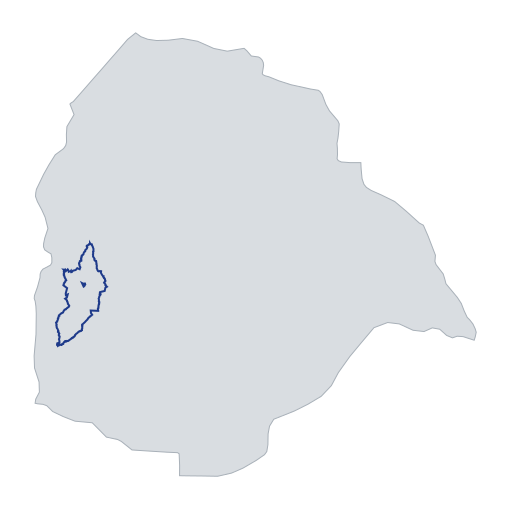 Makoni, Manicaland, Zimbabwe shown in context, rotated 181°
{"feature_id": "62879985B27116987268551", "entity_name": "Makoni", "entity_type": "district", "adm_level": 2, "iso_a3": "ZWE", "parent_name": "Zimbabwe", "parent_adm1": "Manicaland", "projection": "robinson", "projection_center": [32.274, -18.385], "detail": "fine", "context": "in_parent", "style": "outline", "palette": "blue", "viewbox_px": 512, "rotation_deg": 181, "n_neighbors": 0, "source": "geoboundaries", "source_scale": "gbopen_adm2", "svg_char_len": 7903}
<svg xmlns="http://www.w3.org/2000/svg" viewBox="0 0 512 512"><g transform="rotate(181 256 256)"><path d="M380.2,477.0L375.0,473.3L368.0,470.8L359.2,469.7L347.6,470.2L333.4,472.2L318.2,469.7L301.9,462.8L288.3,460.3L272.2,463.3L271.5,463.4L268.7,461.0L264.2,455.9L256.9,455.0L254.9,453.8L253.2,451.9L252.1,449.5L251.7,446.8L252.9,438.4L252.2,437.4L250.2,436.4L246.2,435.4L236.4,431.6L224.2,427.9L204.4,423.9L196.7,422.8L194.9,421.6L192.6,418.5L188.8,408.8L185.1,402.4L176.5,392.6L175.1,389.5L175.5,381.7L176.1,375.4L177.0,370.0L176.5,365.0L176.3,358.8L176.6,354.6L175.4,352.8L172.3,351.5L163.5,351.0L152.8,351.2L152.4,344.9L151.3,335.1L149.3,329.5L146.8,326.5L141.9,323.5L131.9,319.3L118.3,312.9L106.7,303.5L93.3,291.8L89.2,289.7L84.2,278.7L76.6,259.9L77.0,253.6L75.8,250.5L68.5,241.3L66.9,236.4L65.6,231.6L53.9,218.0L49.9,212.1L46.8,204.5L43.8,198.4L41.3,196.0L37.9,191.8L35.6,187.1L34.5,183.6L35.4,178.9L36.4,175.6L47.5,179.0L53.5,179.3L58.1,177.6L64.0,179.9L71.0,186.0L78.5,187.2L86.7,183.4L97.7,184.5L111.6,190.6L123.2,191.8L136.8,186.4L149.0,171.4L160.4,157.2L171.6,140.9L178.4,127.7L188.3,116.9L201.5,108.7L214.9,101.7L235.4,93.1L239.5,86.1L240.8,78.4L240.8,67.6L241.8,60.7L244.0,57.5L247.4,55.1L251.8,51.9L265.3,43.7L276.7,38.5L290.5,35.1L305.7,35.1L320.3,35.0L328.6,35.0L328.7,45.3L329.4,56.9L331.0,58.0L342.0,58.3L359.6,59.1L376.6,59.9L387.5,68.3L391.1,70.1L402.4,72.3L416.8,86.4L434.1,87.7L446.0,92.1L456.5,96.9L462.6,102.7L466.5,104.0L471.7,104.4L474.3,104.9L473.7,109.1L470.2,116.1L470.7,126.2L475.5,140.2L476.1,152.3L474.6,173.8L474.7,194.6L475.2,202.0L476.0,206.9L477.0,209.6L476.8,212.6L473.9,221.3L471.6,230.5L471.5,234.2L470.6,236.8L468.9,239.1L461.3,243.3L460.0,245.9L460.1,250.7L461.0,254.6L463.8,256.1L467.3,258.4L468.6,261.4L468.6,264.5L467.5,270.3L464.5,279.9L467.5,291.0L470.9,298.2L475.5,306.5L477.5,311.7L477.3,315.4L476.7,318.9L469.7,334.1L464.6,343.6L458.5,353.7L450.3,360.0L448.2,363.1L447.4,366.5L447.7,374.1L447.3,382.1L440.4,394.2L444.7,404.7L443.7,405.7L441.4,407.2L431.4,419.0L421.3,431.0L413.9,439.7L405.6,449.6L396.2,460.7L388.2,470.3L380.2,477.0Z" fill="#d9dde1" stroke="#a8b0b8" stroke-width="1"/><path d="M422.2,265.9L422.2,265.6L422.3,265.5L422.3,265.1L422.6,264.6L422.8,264.6L423.3,264.8L424.1,263.8L424.5,263.8L425.0,263.6L425.4,263.3L425.5,262.9L425.2,262.6L425.2,262.1L424.9,261.8L425.1,261.5L425.0,261.2L425.3,260.4L426.4,259.3L426.6,259.2L426.9,258.7L426.8,257.9L426.9,257.6L427.0,257.5L427.3,257.4L427.9,256.9L428.2,256.4L428.3,255.9L428.7,254.8L428.6,254.6L428.8,254.3L429.6,254.0L429.8,253.5L430.3,253.3L430.5,252.5L430.4,252.4L430.2,252.1L430.3,251.8L430.6,251.2L430.8,251.0L430.7,250.8L430.9,250.6L430.7,250.1L430.9,249.8L430.8,249.4L430.7,249.3L430.7,249.1L430.1,248.4L429.9,248.2L429.7,248.2L431.8,248.1L432.1,247.7L432.1,247.0L432.8,245.8L432.7,245.5L432.8,245.3L432.8,245.0L432.7,244.8L432.6,244.6L432.4,244.4L432.4,244.1L432.3,243.9L432.4,243.3L431.4,241.7L432.1,239.7L434.5,240.7L435.7,239.2L436.2,238.8L438.8,238.1L439.9,236.7L440.5,236.6L440.8,238.0L441.3,237.4L442.2,237.4L442.8,237.1L442.8,237.4L443.0,237.4L443.3,237.9L443.5,238.6L443.6,238.8L443.9,238.9L444.1,239.3L445.8,237.6L446.6,239.1L446.8,238.9L448.0,239.0L447.7,238.7L447.8,238.3L447.8,237.9L447.9,237.5L447.9,237.0L447.6,236.8L447.8,236.7L447.6,235.6L447.9,235.2L447.9,234.8L447.9,234.4L447.7,234.4L447.7,234.2L447.5,233.9L447.5,233.7L447.4,233.4L447.4,233.1L447.6,233.0L446.9,231.7L447.0,231.4L446.9,231.1L446.4,230.5L446.4,230.3L446.3,230.1L445.8,229.5L445.8,229.2L445.3,228.4L445.9,227.8L446.0,227.9L446.3,227.5L446.3,227.2L446.3,226.9L446.7,226.3L447.0,226.2L447.1,225.9L447.3,225.8L447.3,225.4L447.6,224.5L447.9,224.3L447.8,223.7L448.0,223.3L444.3,220.6L445.6,215.3L445.4,213.5L443.6,214.3L444.4,211.1L446.1,210.0L444.2,208.3L444.1,207.2L443.7,206.9L443.6,206.7L443.4,205.7L443.1,205.0L443.2,204.8L442.3,203.7L442.1,203.2L441.9,203.1L441.9,202.8L442.1,202.6L442.2,202.1L442.4,201.8L442.7,201.7L443.1,201.4L443.3,201.1L443.6,201.0L443.8,200.7L444.1,200.6L444.9,199.8L445.1,199.4L445.3,199.3L445.6,199.4L445.9,199.1L446.5,199.0L446.9,198.2L447.4,197.6L447.5,197.2L447.7,196.8L447.8,196.7L447.9,196.2L448.2,196.1L448.5,195.8L449.2,195.6L449.4,195.3L450.0,195.1L450.2,194.8L450.5,194.6L450.8,194.2L451.4,193.8L451.5,193.6L451.9,193.2L451.8,192.9L452.0,192.9L452.0,192.4L452.3,192.2L452.4,191.1L453.0,190.3L452.7,189.9L452.9,189.7L453.0,188.9L453.3,188.1L453.5,188.0L453.6,187.8L453.6,187.5L453.6,186.9L453.8,186.7L454.2,186.6L454.8,185.9L454.4,184.8L454.4,184.3L454.1,183.8L454.4,183.3L454.2,183.0L454.2,182.0L454.0,181.7L454.1,181.3L453.9,180.8L453.8,180.4L453.5,180.2L453.3,179.9L452.4,177.8L452.7,177.4L452.7,177.2L452.4,177.3L452.4,176.8L452.1,176.7L452.0,176.4L452.2,176.1L452.0,175.8L451.8,175.8L451.4,175.2L451.6,175.0L451.5,174.6L451.8,174.0L451.7,173.5L451.8,173.1L451.7,172.9L451.2,172.6L450.9,172.1L451.1,171.4L451.0,170.8L451.5,169.7L451.6,169.4L451.3,168.8L451.1,167.5L451.0,166.1L453.2,165.2L453.2,164.8L453.3,164.6L453.4,163.9L453.3,163.4L453.0,163.2L452.8,163.3L452.7,163.1L452.6,162.8L452.4,163.0L452.3,162.8L452.1,162.9L452.0,163.4L451.6,163.4L451.7,164.0L451.4,164.2L451.1,164.0L450.8,163.9L450.6,164.1L450.1,163.9L449.8,163.9L449.4,163.6L448.8,163.6L448.4,164.2L448.3,164.6L447.7,164.7L447.2,164.7L447.1,165.2L447.1,165.6L446.9,165.9L446.7,166.1L446.1,166.5L445.8,166.6L445.5,166.9L445.5,167.2L445.7,167.3L445.3,167.7L445.0,167.7L444.5,167.1L444.3,167.1L443.8,167.7L443.5,167.6L443.2,167.8L442.6,167.7L442.0,167.9L441.7,168.3L441.1,168.8L440.3,169.3L439.5,170.0L439.1,170.1L438.8,170.8L438.4,171.0L437.9,170.9L437.4,171.2L436.9,171.7L437.0,172.1L436.8,172.2L436.2,172.3L436.0,172.5L435.5,173.4L435.6,173.7L435.4,174.1L435.1,174.2L434.3,175.2L433.9,175.4L433.4,175.8L433.2,175.9L432.5,176.8L432.0,177.1L431.8,177.4L431.1,177.4L430.8,177.9L430.2,177.9L429.6,178.3L429.4,178.2L429.1,178.7L428.7,178.8L428.7,179.0L428.8,179.2L428.9,179.8L428.7,180.0L428.4,180.9L428.6,182.3L428.4,182.7L428.3,182.9L428.3,183.2L428.7,183.4L428.7,183.5L428.7,184.4L428.2,184.7L427.5,185.4L426.0,186.8L424.8,188.2L423.3,189.7L423.2,190.1L423.0,190.6L422.7,190.7L422.4,191.2L421.6,192.0L421.3,192.1L421.1,192.6L420.7,192.7L419.8,193.5L419.4,193.7L419.1,194.2L418.8,194.4L420.0,196.1L420.3,198.6L412.8,198.4L412.8,198.8L413.0,199.1L413.2,200.5L412.6,201.3L412.8,201.8L412.6,202.3L412.7,202.5L412.5,203.6L412.6,203.8L412.4,204.4L412.4,204.6L412.1,204.8L412.0,205.3L412.2,205.8L412.0,206.1L412.1,206.3L412.1,207.0L411.9,207.2L412.3,207.7L412.1,208.0L412.3,208.5L412.3,209.9L412.6,210.7L412.1,211.8L412.0,212.9L411.8,213.1L411.4,213.9L411.3,214.0L411.5,214.5L411.2,214.5L410.7,214.8L410.7,215.1L410.7,215.3L411.0,215.5L411.5,216.3L411.4,217.1L409.8,217.6L406.7,218.4L406.0,221.8L404.5,222.7L406.1,224.2L405.9,224.9L407.3,226.5L407.2,226.6L407.3,227.0L406.4,227.8L406.4,228.2L406.1,228.5L406.5,229.1L406.6,229.5L406.5,229.8L406.8,230.7L407.4,231.0L407.3,231.4L407.4,231.6L407.9,231.9L407.9,232.2L408.1,232.5L408.1,232.9L408.4,232.8L408.5,232.8L408.7,233.3L409.7,234.6L410.7,236.4L410.8,237.2L410.6,237.8L410.6,238.0L411.3,237.9L411.7,238.3L411.9,238.3L412.2,238.1L412.9,237.9L413.6,238.1L414.0,238.8L414.2,239.0L414.8,240.6L415.1,241.0L415.1,241.3L415.0,242.3L415.1,242.7L415.0,242.9L415.0,243.7L415.1,244.3L415.4,244.7L415.3,245.6L415.4,246.1L415.6,246.3L415.6,247.4L415.8,248.3L416.3,248.5L416.4,248.3L416.6,248.3L417.2,248.8L417.6,249.4L417.4,250.5L417.6,250.7L417.8,251.1L418.4,251.8L418.6,252.3L418.9,252.6L418.9,254.3L419.1,254.9L418.9,255.2L418.8,256.0L418.9,256.8L419.0,257.3L419.0,257.5L418.5,258.0L418.7,259.0L418.6,259.9L418.7,260.6L419.3,261.9L419.3,262.2L419.7,263.1L420.2,263.7L420.3,264.7L420.8,264.7L421.5,265.3L421.9,265.4L422.2,265.9ZM427.4,223.0L427.5,222.6L427.8,222.4L429.5,225.9L427.7,225.0L427.6,225.3L427.3,225.5L426.5,225.5L426.4,225.0L426.3,224.7L426.5,224.6L426.7,224.4L426.7,223.5L427.0,223.2L427.4,223.0Z" fill="none" stroke="#1e3a8a" stroke-width="2"/></g></svg>